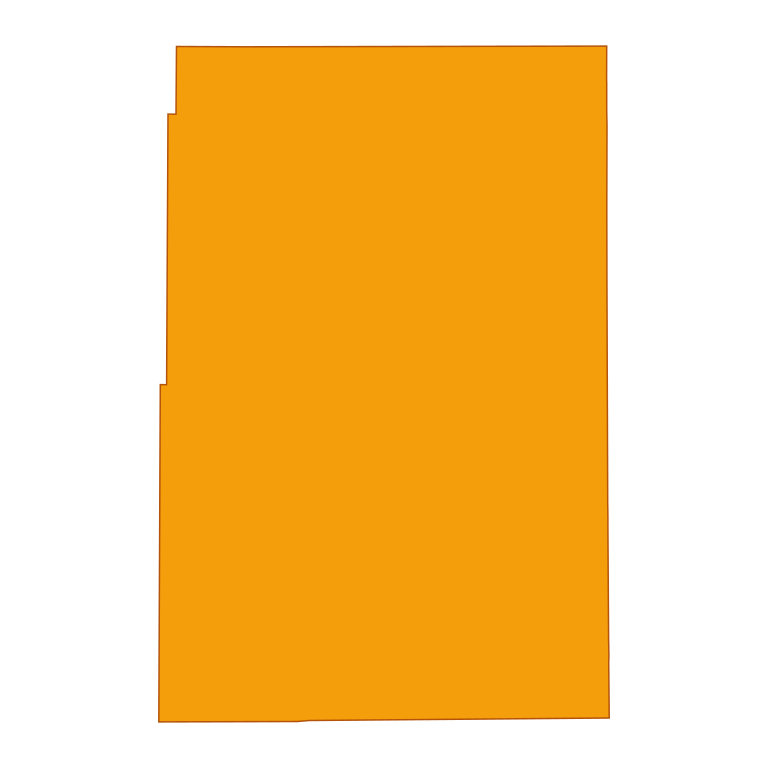 Yuma, Colorado, United States of America
{"feature_id": "52423323B35350044655158", "entity_name": "Yuma", "entity_type": "district", "adm_level": 2, "iso_a3": "USA", "parent_name": "United States of America", "parent_adm1": "Colorado", "projection": "orthographic", "projection_center": [-102.254, 40.004], "detail": "fine", "context": "isolated", "style": "filled", "palette": "amber", "viewbox_px": 768, "rotation_deg": 0, "n_neighbors": 0, "source": "geoboundaries", "source_scale": "gbopen_adm2", "svg_char_len": 486}
<svg xmlns="http://www.w3.org/2000/svg" viewBox="0 0 768 768"><path d="M606.7,46.1L244.5,46.8L176.5,46.5L176.0,114.2L168.0,114.1L166.6,384.7L160.3,384.6L158.8,721.9L297.6,721.5L308.9,720.5L609.2,718.0L609.1,703.8L608.7,662.1L608.9,656.1L608.6,639.2L607.9,527.9L607.9,516.8L607.8,508.9L607.7,504.0L607.3,385.1L606.9,272.4L606.9,261.3L606.8,209.7L606.8,204.9L607.0,124.9L606.8,116.5L606.7,108.1L606.7,82.5L606.6,79.9L606.7,46.1Z" fill="#f59e0b" stroke="#b45309" stroke-width="1.5"/></svg>